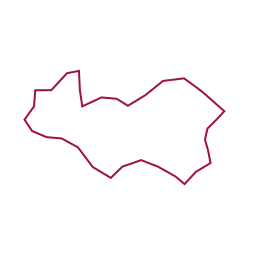 the district of Kato Koutrafas, Nicosia, Cyprus, rotated 254°
{"feature_id": "46923920B53882202230946", "entity_name": "Kato Koutrafas", "entity_type": "district", "adm_level": 2, "iso_a3": "CYP", "parent_name": "Cyprus", "parent_adm1": "Nicosia", "projection": "orthographic", "projection_center": [32.996, 35.097], "detail": "fine", "context": "isolated", "style": "outline", "palette": "rose", "viewbox_px": 256, "rotation_deg": 254, "n_neighbors": 0, "source": "geoboundaries", "source_scale": "gbopen_adm2", "svg_char_len": 561}
<svg xmlns="http://www.w3.org/2000/svg" viewBox="0 0 256 256"><g transform="rotate(254 128 128)"><path d="M164.5,30.8L151.5,35.0L141.7,47.1L136.2,61.4L123.1,74.6L100.1,83.4L84.8,97.7L92.4,112.0L93.5,131.8L82.6,146.1L68.3,160.3L58.5,166.9L67.2,181.2L71.6,197.7L84.8,198.8L95.7,198.8L105.6,204.3L111.0,214.2L117.6,225.2L141.7,209.8L150.5,203.2L160.3,195.5L163.6,174.6L154.8,153.8L149.4,134.0L159.2,125.2L164.7,110.9L161.4,90.0L177.8,92.2L196.4,96.6L197.5,84.5L185.5,64.7L189.8,49.3L174.7,43.6L164.5,30.8Z" fill="none" stroke="#9f1239" stroke-width="2"/></g></svg>